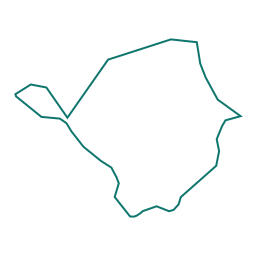 the border of Dravograd
{"feature_id": "SVN-947", "entity_name": "Dravograd", "entity_type": "Municipality", "adm_level": 1, "iso_a3": "SVN", "parent_name": "Slovenia", "parent_adm1": "", "projection": "orthographic", "projection_center": [15.031, 46.594], "detail": "fine", "context": "isolated", "style": "outline", "palette": "teal", "viewbox_px": 256, "rotation_deg": 0, "n_neighbors": 0, "source": "natural_earth", "source_scale": "10m", "svg_char_len": 562}
<svg xmlns="http://www.w3.org/2000/svg" viewBox="0 0 256 256"><path d="M170.9,39.4L196.8,42.2L200.2,63.5L205.7,77.6L217.7,99.6L240.6,116.2L225.5,120.3L222.0,126.2L216.7,139.2L219.1,151.2L216.2,165.8L180.8,197.1L178.6,204.4L173.6,209.9L169.1,211.2L156.6,206.3L142.8,211.1L139.9,213.6L136.4,215.8L134.0,216.6L130.1,216.5L114.7,197.0L118.8,183.3L116.7,177.7L111.4,167.6L100.9,160.9L83.5,146.8L71.5,131.5L66.4,123.1L59.8,118.6L41.4,116.9L16.1,96.4L15.4,94.2L30.8,84.5L46.4,87.5L67.4,117.7L108.1,59.6L170.9,39.4Z" fill="none" stroke="#0f766e" stroke-width="2"/></svg>